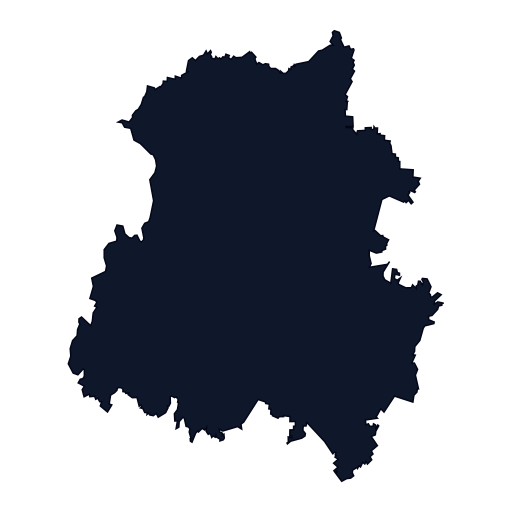 outline of Chicontepec, Veracruz, Mexico
{"feature_id": "50627088B30758784507478", "entity_name": "Chicontepec", "entity_type": "district", "adm_level": 2, "iso_a3": "MEX", "parent_name": "Mexico", "parent_adm1": "Veracruz", "projection": "equal_earth", "projection_center": [-98.042, 21.007], "detail": "fine", "context": "isolated", "style": "filled", "palette": "ink", "viewbox_px": 512, "rotation_deg": 0, "n_neighbors": 0, "source": "geoboundaries", "source_scale": "gbopen_adm2", "svg_char_len": 5993}
<svg xmlns="http://www.w3.org/2000/svg" viewBox="0 0 512 512"><path d="M70.2,348.7L70.8,356.2L68.3,363.8L73.2,373.1L77.9,374.8L83.1,369.0L84.3,369.7L84.3,376.3L82.8,378.7L80.3,379.2L78.2,382.9L84.4,386.2L82.2,389.7L84.1,396.8L89.3,394.1L89.8,396.7L94.7,396.3L95.7,399.3L97.9,398.2L99.7,401.7L101.6,401.9L100.3,406.0L107.5,412.0L111.8,404.9L109.2,404.0L110.6,395.1L114.7,392.6L117.0,390.2L117.3,388.1L118.9,387.6L121.5,387.8L123.0,389.4L122.9,391.6L125.2,392.0L125.8,393.4L128.9,393.0L128.1,394.6L132.3,397.7L137.0,397.5L139.2,406.2L141.0,405.1L141.8,406.9L140.5,407.9L142.9,408.5L144.7,412.5L147.3,412.7L147.0,414.4L148.8,413.0L149.6,414.9L153.3,415.7L156.3,413.4L158.2,417.2L165.6,412.7L168.1,407.7L167.2,405.9L168.9,406.1L170.4,403.2L170.2,397.0L171.5,395.9L174.5,397.6L176.2,396.9L178.2,399.4L177.6,402.3L178.5,403.2L177.4,409.7L174.4,413.7L174.8,421.0L177.4,420.9L176.1,428.7L178.8,427.2L179.2,421.6L182.9,417.3L184.3,418.2L186.1,426.4L188.6,427.0L189.9,429.0L189.2,432.0L191.0,438.5L190.2,438.7L190.4,441.2L192.0,442.2L195.7,433.1L197.6,431.1L198.5,432.0L202.1,428.4L204.7,430.0L206.6,427.4L206.2,431.3L208.2,434.3L209.1,433.4L210.8,434.6L211.7,437.4L213.0,436.0L215.2,437.2L215.9,434.9L216.4,437.0L220.1,439.2L219.9,440.9L223.3,439.8L224.3,438.1L223.9,434.2L222.1,435.5L222.6,434.0L221.7,432.5L219.6,432.2L219.3,429.3L222.9,431.0L237.6,426.6L241.7,429.1L241.0,424.1L243.7,422.1L258.1,399.5L265.4,401.9L265.7,403.5L269.4,404.2L268.8,408.9L271.0,409.3L270.7,414.0L272.4,414.5L272.4,415.7L278.0,418.2L279.2,416.7L283.7,416.6L283.7,415.6L290.0,416.6L289.9,421.6L295.4,421.5L295.4,426.2L293.6,426.2L293.5,429.9L289.9,429.9L289.8,436.0L292.1,436.0L292.1,437.9L288.2,436.9L288.3,442.0L287.0,443.0L287.4,443.9L290.7,441.2L301.7,438.2L305.0,436.0L305.4,433.6L302.9,430.4L303.2,426.0L306.0,426.0L306.8,422.4L324.6,441.5L332.8,453.8L334.6,452.2L336.1,452.6L335.2,454.9L336.1,455.5L335.0,457.1L338.3,459.2L333.6,463.2L338.0,467.2L333.9,470.7L335.0,472.3L336.7,470.9L337.2,472.3L335.8,473.4L341.7,481.3L346.7,478.6L350.7,478.1L353.7,475.8L352.3,472.8L352.6,470.1L357.1,467.4L357.6,468.4L358.8,465.8L360.5,467.0L362.7,462.4L364.8,464.0L366.0,461.5L367.4,464.1L371.7,459.8L370.0,456.7L373.0,454.0L371.3,450.8L377.4,445.6L371.2,436.5L375.3,434.9L375.8,431.2L378.7,425.9L377.8,425.0L375.8,427.9L375.5,424.9L373.5,423.8L373.0,426.3L369.8,426.3L368.4,423.8L366.0,424.8L365.4,420.0L377.4,418.2L376.2,417.0L380.8,408.7L384.0,412.1L394.5,396.1L412.9,402.1L413.9,395.3L416.9,392.1L417.4,388.8L418.5,388.9L415.4,375.1L417.6,369.4L414.4,363.1L411.8,363.0L415.3,355.1L412.7,354.8L414.6,351.3L414.8,346.6L419.8,340.5L423.2,328.4L424.7,325.9L433.9,323.6L434.2,322.0L428.7,319.7L428.6,316.2L432.0,315.5L437.6,309.4L438.7,305.9L441.8,305.3L442.0,303.4L443.7,303.2L437.8,301.9L434.3,304.2L434.5,301.0L441.2,294.7L437.5,292.8L432.4,297.0L430.6,297.0L430.4,294.7L428.7,293.0L431.0,286.8L427.1,278.9L422.4,278.4L421.9,279.5L423.4,282.1L422.3,284.9L420.2,281.3L418.5,281.2L417.8,285.0L416.2,286.1L416.3,288.7L412.6,284.9L411.4,287.7L405.8,287.8L398.5,284.3L398.3,282.6L400.5,277.8L397.2,280.2L394.3,278.5L395.0,274.2L399.5,275.3L399.5,273.2L397.4,272.6L396.6,269.4L392.6,268.8L390.8,283.2L384.8,279.8L383.0,276.1L383.1,272.1L389.6,261.6L387.5,264.3L369.4,267.3L371.1,263.5L369.3,256.0L369.2,250.2L376.3,253.1L381.8,252.0L382.0,250.5L385.6,249.1L385.5,246.0L386.8,245.3L386.7,243.3L388.6,239.8L383.4,237.1L382.7,235.5L380.7,235.8L375.0,230.5L373.7,230.8L381.9,199.5L389.2,195.9L403.6,202.1L404.9,200.9L406.1,202.6L408.6,200.4L411.2,203.8L413.0,202.2L408.0,195.2L409.7,192.4L409.1,191.7L410.6,190.6L414.7,192.5L415.4,191.8L414.2,190.1L419.5,184.2L418.2,181.3L420.3,178.2L412.9,177.0L413.2,169.8L399.8,168.9L399.8,161.5L398.3,161.3L398.3,157.8L395.4,157.2L395.4,154.1L392.0,153.7L391.0,145.7L389.7,143.1L390.2,141.0L384.4,140.2L384.6,135.7L380.0,135.1L380.1,133.6L377.2,133.9L377.5,128.0L374.9,128.0L374.0,126.7L373.8,129.5L371.1,129.5L371.2,127.5L365.3,127.8L365.3,130.4L357.5,130.8L356.7,134.2L352.6,129.5L352.8,127.8L346.0,127.6L345.9,126.4L353.1,126.6L352.7,116.8L345.4,116.1L345.1,109.4L346.8,109.6L347.3,101.8L348.3,101.2L346.1,101.3L347.5,96.6L345.1,94.6L352.1,81.6L350.3,78.8L354.5,71.1L352.3,69.2L354.3,65.1L353.1,62.4L354.1,60.3L351.3,58.3L354.0,50.0L353.5,48.8L350.5,49.3L349.0,45.9L344.1,47.2L340.5,39.7L341.4,38.0L339.3,32.4L334.3,30.7L332.4,32.4L333.1,35.8L330.1,41.5L333.2,45.3L330.2,45.2L322.2,50.2L318.5,51.0L308.7,61.6L296.0,64.2L295.4,65.7L294.4,64.7L294.2,66.1L293.9,65.6L293.0,65.1L294.0,65.8L291.1,66.9L290.9,69.5L288.9,68.6L288.6,70.7L286.0,73.3L283.1,73.4L281.0,71.5L281.3,73.0L280.2,73.1L278.9,70.7L275.6,68.5L270.6,68.5L268.8,66.3L268.6,64.2L265.4,63.7L262.9,64.8L258.9,62.5L256.8,64.2L254.8,58.9L255.9,57.1L251.5,52.2L249.6,52.9L249.5,51.8L242.1,57.3L235.9,57.7L233.7,56.2L231.1,59.5L228.4,57.5L229.3,55.5L225.9,54.2L224.9,57.2L222.9,56.8L221.0,59.1L219.5,57.8L217.9,58.8L215.9,56.5L214.7,59.2L210.9,57.6L211.6,56.6L210.2,54.5L211.3,52.3L210.5,50.6L207.5,54.0L206.1,50.9L203.5,55.2L199.4,56.4L195.4,60.6L192.3,57.8L188.5,60.6L186.4,71.2L187.9,71.9L181.6,75.4L181.6,78.2L175.3,76.1L175.2,79.3L167.4,77.5L167.2,81.4L163.3,81.1L163.1,83.7L160.5,87.3L159.9,86.6L155.1,89.6L154.4,87.9L147.5,85.9L146.8,91.8L144.5,97.0L143.5,97.2L141.3,104.4L138.3,109.3L135.8,110.8L132.4,115.3L132.6,117.5L129.1,122.0L122.0,120.0L118.1,122.1L122.2,122.8L124.6,127.2L130.7,128.3L134.0,140.1L140.3,143.5L150.8,154.0L153.2,154.7L155.6,159.7L156.6,166.1L154.9,172.8L149.8,179.7L153.6,200.7L150.2,217.4L148.7,221.7L144.7,223.3L141.9,228.2L143.8,237.6L143.4,240.1L141.5,241.9L139.9,241.2L137.0,235.2L134.7,235.4L132.0,238.2L128.9,237.5L124.9,233.8L122.8,226.1L117.0,225.0L114.8,230.8L117.0,237.3L116.7,241.1L109.0,243.4L104.2,249.6L104.2,257.9L106.6,265.9L105.5,271.5L91.7,278.1L93.4,286.4L89.9,298.5L95.5,300.5L96.8,302.4L94.6,306.1L97.0,307.1L93.2,312.9L92.3,321.3L90.7,325.7L81.5,317.0L79.0,318.8L78.9,322.3L79.9,323.9L77.6,329.4L77.1,335.8L72.6,340.6L70.2,348.7Z" fill="#0f172a" stroke="#020617" stroke-width="1.5"/></svg>